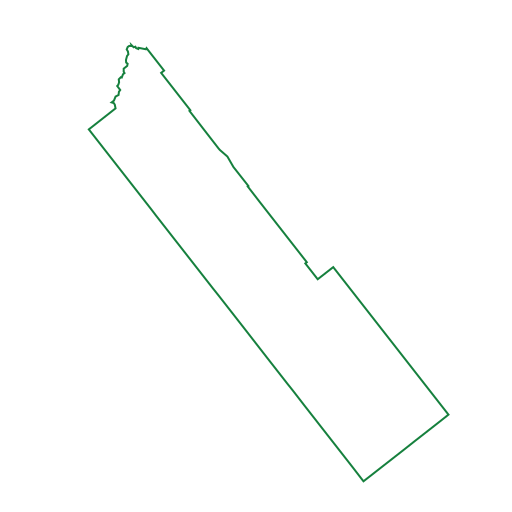 Apache, Arizona, United States of America, rotated 142°
{"feature_id": "52423323B39165499279829", "entity_name": "Apache", "entity_type": "district", "adm_level": 2, "iso_a3": "USA", "parent_name": "United States of America", "parent_adm1": "Arizona", "projection": "mercator", "projection_center": [-109.434, 35.237], "detail": "fine", "context": "isolated", "style": "outline", "palette": "green", "viewbox_px": 512, "rotation_deg": 142, "n_neighbors": 0, "source": "geoboundaries", "source_scale": "gbopen_adm2", "svg_char_len": 1349}
<svg xmlns="http://www.w3.org/2000/svg" viewBox="0 0 512 512"><g transform="rotate(142 256 256)"><path d="M309.9,152.3L309.9,136.3L309.8,127.3L309.9,108.6L309.9,82.7L309.9,78.8L309.9,29.9L310.0,16.6L310.0,12.3L294.6,12.3L288.7,12.3L287.2,12.3L285.3,12.3L284.8,12.3L284.6,12.3L272.4,12.3L272.0,12.3L259.1,12.3L244.4,12.4L216.2,12.4L202.0,12.5L202.0,199.7L221.7,199.7L221.7,219.8L219.8,219.8L219.8,267.9L219.8,296.1L219.7,315.9L218.9,315.9L219.0,340.0L217.3,352.0L219.2,361.8L219.3,363.8L219.2,389.7L219.1,411.3L218.0,411.3L218.0,458.7L214.3,458.7L214.3,487.2L215.5,486.7L220.4,492.4L221.3,491.6L222.5,493.6L222.2,495.2L223.9,495.8L224.3,498.9L224.7,498.0L226.5,499.6L228.4,499.7L230.7,498.4L231.0,496.0L232.4,493.5L234.5,493.0L237.8,490.5L239.2,488.4L238.8,486.5L240.5,485.1L244.9,485.1L246.8,482.7L247.0,481.1L248.9,481.1L251.9,479.3L252.4,480.1L255.4,479.7L256.9,477.2L259.1,475.7L260.7,475.4L260.8,470.4L262.9,469.8L265.2,467.5L268.5,468.1L272.3,465.9L275.2,465.9L273.9,464.0L274.1,462.2L275.8,458.8L309.8,458.7L309.8,445.5L309.8,428.5L309.8,357.1L309.9,349.3L309.9,323.0L309.9,321.0L309.9,319.0L309.9,317.0L309.9,315.0L309.9,297.0L309.9,267.2L309.9,256.9L309.8,247.6L309.8,244.1L309.8,241.2L309.8,215.8L309.8,206.4L309.8,206.1L309.9,169.5L309.9,168.2L309.9,163.0L309.9,152.4L309.9,152.3Z" fill="none" stroke="#15803d" stroke-width="2"/></g></svg>